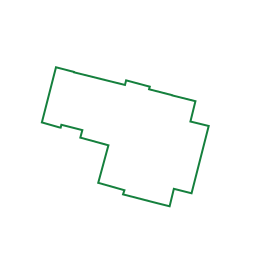 Carlos Casares, Buenos Aires, Argentina (orthographic projection), rotated 330°
{"feature_id": "61730980B52662416903271", "entity_name": "Carlos Casares", "entity_type": "district", "adm_level": 2, "iso_a3": "ARG", "parent_name": "Argentina", "parent_adm1": "Buenos Aires", "projection": "orthographic", "projection_center": [-61.387, -35.725], "detail": "fine", "context": "isolated", "style": "outline", "palette": "green", "viewbox_px": 256, "rotation_deg": 330, "n_neighbors": 0, "source": "geoboundaries", "source_scale": "gbopen_adm2", "svg_char_len": 483}
<svg xmlns="http://www.w3.org/2000/svg" viewBox="0 0 256 256"><g transform="rotate(330 128 128)"><path d="M198.9,166.6L185.3,153.6L199.8,138.5L182.6,121.9L182.7,121.7L165.6,105.0L167.5,103.1L150.2,85.8L146.9,89.2L109.1,52.8L109.3,52.5L96.0,39.4L56.2,80.1L68.8,93.1L69.9,94.0L71.9,91.9L87.4,107.0L81.9,112.5L102.4,133.2L74.8,160.6L93.8,180.1L90.5,183.0L111.9,204.0L116.2,208.2L124.9,216.6L137.3,203.6L150.4,216.3L198.9,166.6Z" fill="none" stroke="#15803d" stroke-width="2"/></g></svg>